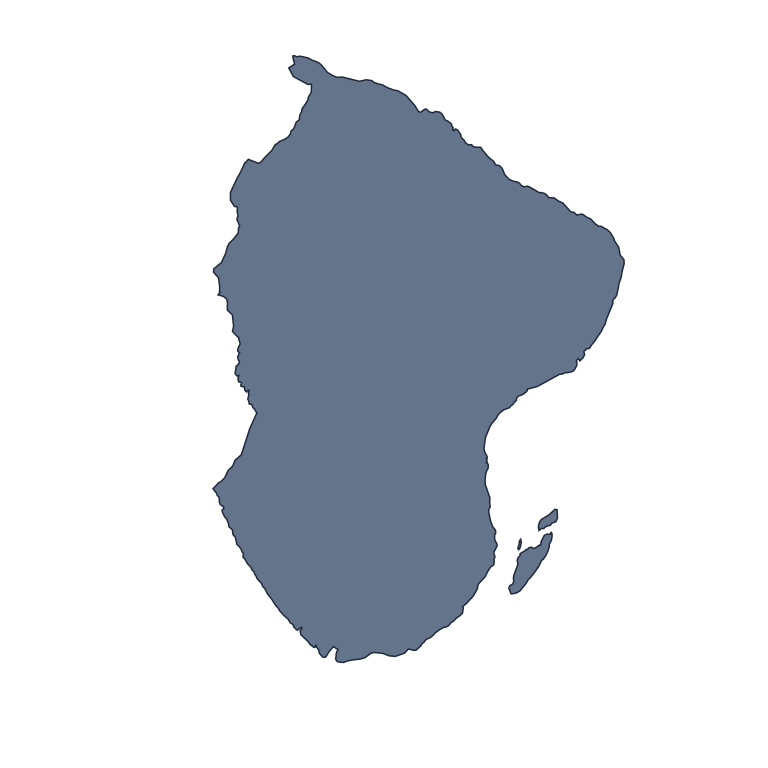 East Malo, Sanma, Vanuatu (Equal Earth projection), rotated 23°
{"feature_id": "77236927B67571127096265", "entity_name": "East Malo", "entity_type": "district", "adm_level": 2, "iso_a3": "VUT", "parent_name": "Vanuatu", "parent_adm1": "Sanma", "projection": "equal_earth", "projection_center": [167.207, -15.69], "detail": "fine", "context": "isolated", "style": "filled", "palette": "slate", "viewbox_px": 768, "rotation_deg": 23, "n_neighbors": 0, "source": "geoboundaries", "source_scale": "gbopen_adm2", "svg_char_len": 6173}
<svg xmlns="http://www.w3.org/2000/svg" viewBox="0 0 768 768"><g transform="rotate(23 384 384)"><path d="M267.5,547.2L272.7,550.1L274.1,551.8L276.4,552.8L278.1,555.5L278.2,556.6L280.3,558.9L284.6,559.9L285.1,560.9L284.1,563.4L285.6,565.4L289.4,568.7L291.7,569.6L295.2,573.0L296.8,575.8L302.0,577.8L302.2,579.1L304.1,581.8L307.0,583.1L311.4,589.3L314.1,590.1L317.4,592.2L319.0,594.1L320.9,594.9L321.7,598.3L324.5,599.7L328.4,602.7L333.1,604.7L335.2,606.7L337.5,607.5L338.9,609.3L341.8,611.2L343.1,612.7L349.3,615.5L351.2,617.6L354.5,619.1L358.3,622.4L365.1,626.2L369.7,629.5L374.8,632.0L376.1,633.3L382.1,636.1L387.7,638.0L390.9,640.5L394.6,641.0L395.4,642.6L399.6,644.5L400.6,644.2L402.9,640.2L403.4,640.1L404.1,641.7L403.2,643.0L403.2,643.8L405.3,647.2L415.1,650.9L417.4,652.5L422.0,653.8L423.2,653.5L423.6,652.3L423.1,651.3L423.4,651.1L424.8,652.6L428.0,654.5L429.5,657.0L434.1,659.3L436.6,658.6L437.1,657.8L438.1,651.7L440.0,645.5L443.7,646.2L445.0,646.0L445.4,647.1L445.1,648.8L445.4,651.1L446.4,653.6L446.6,655.4L448.0,657.1L449.7,657.8L453.4,656.9L455.6,656.1L458.6,653.2L462.8,650.3L469.5,646.6L473.4,643.4L477.1,637.2L479.5,635.1L488.3,632.4L495.1,632.2L500.9,630.3L508.1,623.7L510.0,618.4L515.8,617.5L517.7,616.3L520.2,610.6L520.9,607.2L521.7,606.2L522.5,602.9L525.8,599.2L527.4,596.3L528.1,593.7L530.9,588.7L534.2,584.6L536.0,583.5L537.8,581.5L539.2,577.0L540.5,575.5L542.4,570.6L544.2,568.1L545.8,564.4L544.5,559.1L543.3,558.5L545.7,553.6L549.0,544.4L550.0,535.9L549.0,532.6L549.2,530.8L552.4,521.9L552.8,515.4L553.7,510.7L555.2,508.5L555.6,506.9L554.7,504.0L553.6,502.2L553.8,500.5L553.3,499.0L551.7,497.6L550.9,495.8L551.4,488.7L550.2,486.9L547.1,484.4L546.3,483.2L544.9,479.9L544.8,478.8L545.2,478.3L544.4,476.1L543.4,474.8L539.8,472.9L535.5,468.3L530.5,461.1L529.4,458.2L529.8,456.2L529.3,454.6L527.7,452.1L525.9,447.3L516.6,437.1L514.7,433.3L512.7,426.8L512.5,422.7L512.8,421.1L511.8,418.1L511.0,417.0L510.0,416.7L509.6,415.8L508.8,416.1L508.7,414.1L507.4,412.7L508.0,412.3L507.7,411.2L506.2,409.4L504.3,408.3L501.4,404.8L498.3,393.6L498.2,381.6L498.7,378.1L500.9,371.0L500.9,368.8L501.8,365.6L504.4,360.9L508.8,356.7L509.4,354.5L510.5,352.8L511.5,348.9L512.2,347.8L511.6,344.8L512.8,342.2L514.4,341.0L516.9,337.9L516.8,337.3L517.8,336.3L518.5,334.2L518.0,332.7L526.1,326.4L541.8,306.5L544.6,304.9L546.5,302.5L548.4,302.0L551.3,299.9L553.1,298.2L553.9,296.0L554.2,291.3L553.0,288.6L552.2,288.3L552.2,286.5L553.0,284.8L555.3,286.2L557.0,281.9L557.2,278.4L555.4,276.4L555.4,275.4L556.3,274.2L556.2,272.7L558.9,271.3L559.7,269.0L559.4,268.4L561.1,262.7L563.4,250.7L563.7,248.3L563.4,247.5L564.2,242.4L563.5,237.8L563.2,220.0L562.4,219.3L562.0,216.2L562.7,215.6L563.1,214.4L563.5,210.9L561.0,199.0L560.7,193.3L559.1,186.9L558.1,179.6L556.3,175.8L551.1,173.1L546.5,166.3L540.2,162.1L538.4,159.9L532.8,156.0L529.1,154.7L522.1,154.0L520.1,154.9L516.1,154.1L509.7,151.3L504.9,151.2L500.6,150.1L499.3,150.5L495.4,153.1L492.0,151.8L488.6,152.5L477.9,147.5L472.9,147.4L468.0,146.2L463.0,148.1L459.6,146.3L457.4,145.9L454.2,146.2L452.3,147.2L440.4,145.7L438.4,146.0L435.9,147.8L432.7,147.5L430.4,146.3L428.0,145.9L423.9,146.8L419.1,146.7L413.2,144.0L409.3,140.0L407.1,138.6L404.8,137.9L401.0,138.6L398.0,136.2L391.6,134.4L383.8,130.5L380.5,128.3L375.7,130.3L372.5,130.5L371.2,129.4L368.3,130.9L365.0,130.2L362.3,128.2L359.5,127.2L357.9,125.8L357.1,124.4L352.6,121.4L350.3,121.3L349.8,121.7L349.5,123.6L348.1,123.5L347.6,121.2L345.9,120.1L344.4,118.2L340.4,117.1L337.1,117.0L332.1,112.9L329.1,112.0L324.9,113.0L322.9,115.4L319.1,115.8L315.6,114.4L313.9,115.3L311.7,119.5L309.3,119.7L303.7,115.7L291.6,109.8L282.4,108.7L277.7,109.6L271.1,109.9L265.7,109.2L261.8,110.0L256.7,110.2L254.1,109.5L248.8,110.9L243.0,115.0L225.9,117.7L221.0,120.0L216.4,120.2L210.2,119.3L202.6,115.2L199.4,114.0L195.7,113.7L191.4,114.0L186.8,113.5L178.7,115.0L175.6,117.0L174.4,116.7L172.0,117.3L172.2,118.5L176.7,124.5L172.8,130.3L180.4,136.4L196.8,138.0L200.2,136.5L203.1,144.0L202.3,149.1L202.9,152.1L202.6,155.3L201.0,163.0L201.8,165.6L201.4,169.6L202.8,173.7L200.9,177.2L201.2,183.3L200.6,185.7L199.6,187.1L200.1,190.4L199.3,193.9L197.2,197.2L192.9,201.7L191.3,205.5L190.4,205.7L189.5,212.7L185.5,222.7L184.0,227.9L182.1,229.9L171.3,230.2L169.9,234.6L169.5,234.7L169.1,246.0L168.4,251.3L167.8,267.6L170.8,274.8L176.9,278.9L177.8,278.9L178.7,278.2L180.1,278.8L181.6,283.1L183.7,285.5L184.3,290.0L189.5,295.0L189.1,297.1L190.8,302.1L188.7,309.8L186.5,314.9L186.2,319.1L187.2,325.5L186.9,335.8L182.3,344.5L183.4,347.7L190.2,350.9L194.8,358.8L196.9,364.3L197.5,363.1L196.4,366.8L201.9,366.1L206.0,367.2L208.7,371.3L209.3,373.7L211.1,377.3L217.4,379.6L223.0,389.6L224.0,394.9L231.0,397.9L232.3,398.0L232.8,399.5L236.0,403.3L235.6,407.1L236.2,410.6L237.3,411.4L238.8,411.5L238.6,416.0L240.4,418.7L242.0,419.6L242.2,420.4L242.3,422.3L240.9,425.9L241.8,427.6L242.2,430.6L243.0,432.8L245.7,434.1L247.1,433.0L247.5,436.3L249.2,438.6L250.1,438.8L251.3,438.3L252.5,438.8L252.7,441.5L253.9,442.0L256.5,441.1L258.2,444.0L260.4,445.1L261.1,443.0L262.3,442.6L262.6,445.4L263.6,446.1L264.6,451.3L266.3,452.6L267.6,455.0L270.1,454.5L272.5,456.9L274.6,457.7L278.6,460.7L278.2,461.6L277.9,477.8L280.3,504.9L276.7,512.4L276.8,518.5L274.3,524.6L274.0,532.6L271.9,537.8L270.5,539.2L267.5,547.2ZM576.4,488.5L575.3,491.2L575.5,494.3L577.7,497.7L578.2,508.7L578.8,511.6L580.6,515.3L580.7,517.2L580.4,518.2L578.6,520.5L578.7,523.2L582.7,527.3L583.4,527.5L587.9,524.3L590.1,521.0L592.6,512.6L593.3,507.0L594.0,506.3L596.0,499.6L597.6,492.0L598.1,484.5L599.1,483.2L600.1,477.8L600.2,473.9L599.8,469.3L598.7,466.5L599.2,462.7L598.3,458.7L597.0,455.9L595.8,455.3L595.6,457.4L592.5,458.6L590.7,460.8L590.2,468.2L591.0,470.2L591.0,471.2L590.1,471.4L588.0,474.8L585.9,477.1L583.4,476.6L581.5,478.0L580.6,480.3L579.4,481.0L578.7,482.8L575.5,487.0L576.4,488.5ZM583.9,458.3L585.5,455.3L587.5,454.7L589.0,451.5L592.3,449.1L593.0,446.3L596.0,443.7L596.1,439.7L592.5,432.1L590.3,432.5L586.9,440.2L581.8,447.2L581.1,450.5L581.8,454.9L583.9,458.3ZM570.5,473.5L570.0,475.5L571.2,479.7L571.1,481.0L571.5,483.2L572.7,483.9L573.2,483.2L573.1,479.9L572.2,475.9L570.5,473.5Z" fill="#64748b" stroke="#1e293b" stroke-width="1.5"/></g></svg>